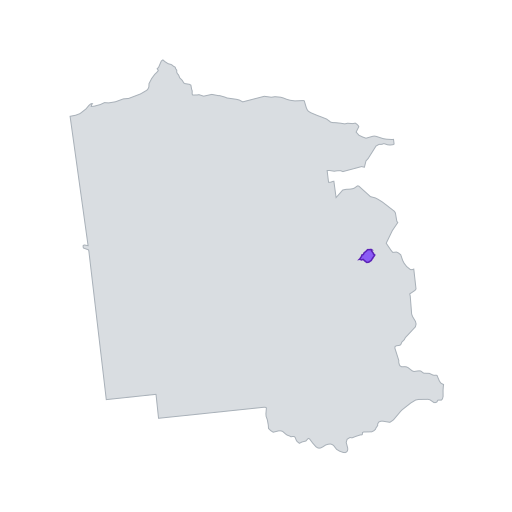 Kadugli, South Kordufan, Sudan shown in context, rotated 263°
{"feature_id": "16777658B74518908482161", "entity_name": "Kadugli", "entity_type": "district", "adm_level": 2, "iso_a3": "SDN", "parent_name": "Sudan", "parent_adm1": "South Kordufan", "projection": "albers", "projection_center": [29.536, 11.093], "detail": "fine", "context": "in_parent", "style": "filled", "palette": "violet", "viewbox_px": 512, "rotation_deg": 263, "n_neighbors": 0, "source": "geoboundaries", "source_scale": "gbopen_adm2", "svg_char_len": 4916}
<svg xmlns="http://www.w3.org/2000/svg" viewBox="0 0 512 512"><g transform="rotate(263 256 256)"><path d="M355.0,406.7L350.3,406.7L349.8,405.6L349.8,402.6L350.3,400.3L352.0,396.6L351.5,394.6L351.8,391.7L350.5,388.5L339.1,379.2L336.9,376.7L330.9,374.4L331.9,371.7L329.2,352.5L330.4,350.3L330.7,346.9L330.6,344.0L332.0,339.1L332.1,337.0L320.3,337.0L320.1,339.1L320.7,341.4L320.7,342.4L304.2,342.6L310.9,350.1L311.2,353.4L310.9,357.5L311.0,360.1L311.4,361.9L313.2,365.2L313.1,365.9L312.7,366.7L301.0,376.8L299.1,381.5L297.5,383.9L294.1,388.1L283.4,398.9L281.7,399.6L273.5,400.0L272.7,400.3L272.0,400.8L271.7,400.6L264.6,394.4L252.8,386.8L245.0,390.8L242.9,392.2L242.8,395.9L241.7,397.7L239.6,399.8L233.8,401.0L230.8,402.1L227.2,404.2L223.7,407.6L223.4,409.4L223.8,411.0L203.8,410.8L202.5,409.6L199.6,403.9L197.6,404.2L179.4,403.4L176.8,404.0L171.6,406.3L169.0,406.6L166.3,405.6L156.8,394.3L154.8,392.9L152.7,390.2L150.6,389.0L150.0,388.2L149.8,387.0L149.8,384.5L149.2,383.0L147.7,382.6L134.8,385.0L133.0,384.7L130.3,385.1L129.4,385.6L128.3,387.0L128.0,390.1L127.7,391.6L126.7,393.3L123.0,397.0L122.1,398.7L122.2,402.8L122.0,404.9L121.4,405.9L119.8,407.5L119.2,408.4L118.4,413.7L116.4,416.9L115.9,418.1L115.7,420.4L115.4,421.1L109.5,422.8L107.3,424.0L106.0,425.8L105.6,426.5L103.1,425.9L100.0,425.3L93.9,424.6L91.5,423.7L90.4,422.4L90.8,419.2L90.2,418.5L89.2,417.9L88.6,416.5L88.8,414.8L92.1,411.1L92.8,409.2L93.8,399.8L93.6,396.9L91.2,391.6L85.6,382.4L84.2,380.6L77.1,373.0L76.2,371.8L74.6,368.6L76.6,361.8L76.8,359.9L76.4,357.9L74.6,356.3L72.9,356.1L70.8,354.2L69.4,353.4L68.2,351.7L67.4,349.4L68.2,341.3L67.8,340.2L66.0,339.8L65.6,339.3L65.7,337.7L64.8,333.0L63.8,329.2L64.4,327.1L63.0,324.1L60.0,322.8L54.2,323.6L52.4,323.4L51.2,322.8L50.4,321.8L50.0,320.5L50.4,318.6L52.1,315.2L54.3,312.4L58.5,309.9L59.6,308.6L60.3,307.1L60.4,305.3L60.2,303.5L59.8,301.8L58.6,299.5L57.6,296.8L57.6,295.1L58.1,293.8L59.3,292.3L63.5,289.4L67.7,287.0L68.5,286.1L68.2,285.1L66.3,283.0L65.8,279.0L64.8,276.2L67.0,274.1L68.6,273.4L71.1,272.8L72.1,272.0L72.4,270.3L72.3,268.7L73.2,267.5L74.5,265.0L75.5,263.9L78.7,261.0L79.5,259.1L79.7,257.2L79.0,251.6L80.9,249.3L83.3,247.4L86.7,247.6L92.0,247.3L95.6,246.5L98.1,246.6L103.9,247.8L104.5,247.3L104.9,245.9L106.8,139.5L130.6,139.9L130.9,139.8L131.7,89.9L281.3,90.7L282.5,90.5L284.9,85.8L285.9,85.5L287.4,85.7L287.9,86.8L286.7,90.6L417.3,88.5L417.7,94.2L418.8,98.7L422.7,105.2L425.9,108.6L427.1,110.5L427.3,111.4L427.1,112.2L426.2,111.3L424.5,110.7L424.4,113.7L425.3,120.0L426.7,124.3L425.9,128.4L426.2,135.3L428.1,143.5L427.9,148.8L430.9,161.0L433.8,167.8L435.3,169.4L437.0,170.3L440.1,170.8L444.9,174.1L448.7,177.7L450.1,179.6L451.9,181.6L453.1,181.2L453.9,180.7L455.1,182.3L461.1,185.8L462.0,187.5L460.0,189.3L457.6,192.2L456.5,194.9L455.9,195.8L454.0,197.6L453.7,198.4L452.9,198.9L451.9,199.0L450.0,200.0L448.1,199.7L446.3,200.3L445.7,200.9L444.2,201.5L442.3,201.9L439.3,204.2L436.6,205.4L435.8,206.4L434.5,210.9L433.5,212.2L429.5,212.4L427.6,212.8L425.0,212.4L423.7,212.5L423.4,213.5L423.0,217.4L423.1,219.0L421.0,223.5L421.8,231.8L419.8,238.1L419.6,239.5L417.5,244.5L416.4,246.4L413.9,255.7L412.8,258.5L410.6,261.6L413.5,283.7L411.7,290.6L411.8,294.3L410.6,299.8L409.5,302.4L407.8,305.5L406.4,308.9L405.2,313.5L404.5,322.0L404.1,322.8L397.0,324.0L394.8,324.7L393.3,325.6L391.5,327.9L388.0,334.0L386.1,337.7L383.3,342.8L379.8,346.4L379.1,348.2L378.6,351.4L377.4,356.5L376.3,360.2L376.6,363.1L375.6,368.2L375.8,370.7L374.6,372.1L372.9,373.4L371.8,373.8L366.8,370.5L363.3,372.9L361.2,376.2L359.5,379.5L360.6,386.5L360.6,388.1L360.1,389.8L356.9,396.7L356.0,399.9L355.0,405.4L355.0,406.7Z" fill="#d9dde1" stroke="#a8b0b8" stroke-width="1"/><path d="M248.0,371.6L248.5,371.0L248.5,370.3L248.5,369.9L248.5,368.8L248.6,368.5L248.6,368.4L248.7,367.6L248.4,367.1L248.0,366.7L247.7,366.4L247.3,365.8L246.6,364.7L245.8,363.5L245.0,363.1L244.4,362.8L244.2,362.0L244.2,361.5L244.2,361.4L243.9,361.0L243.3,360.9L242.9,360.8L242.4,360.4L241.6,359.6L240.7,359.0L240.4,358.6L240.1,358.2L240.1,358.3L240.1,358.5L240.2,358.8L239.9,359.2L239.8,359.3L239.3,360.0L239.2,360.2L239.2,360.3L239.2,360.5L239.5,361.0L239.5,361.6L239.6,361.9L239.5,362.1L238.8,362.6L238.6,362.7L238.1,363.2L237.7,363.4L237.6,363.6L237.6,363.8L236.9,364.4L236.7,364.5L236.3,364.8L236.2,364.9L236.1,365.6L236.1,365.8L236.1,366.1L236.1,366.7L236.2,366.9L236.2,367.3L236.3,367.4L236.3,367.5L236.4,367.8L236.5,367.8L236.7,368.1L236.8,368.4L236.9,368.6L237.0,368.8L237.2,369.2L237.2,369.3L237.4,369.5L237.5,369.8L238.1,370.3L238.7,370.7L239.0,371.0L239.3,371.3L239.5,371.4L239.7,371.5L239.8,371.7L239.9,371.9L240.0,371.9L240.3,372.0L240.6,372.3L240.8,372.6L241.1,372.8L241.6,373.2L241.6,373.3L241.9,373.5L242.3,373.8L242.5,374.0L243.1,373.4L243.4,373.1L243.7,373.0L243.7,372.9L244.2,372.9L244.3,372.9L245.4,372.2L246.2,371.8L247.1,371.2L247.5,371.4L248.0,371.5L248.0,371.6Z" fill="#8b5cf6" stroke="#5b21b6" stroke-width="1.5"/></g></svg>